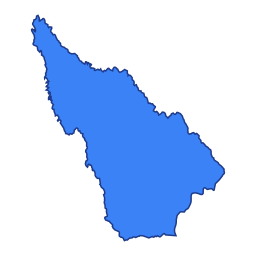 Dueré, Tocantins, Brazil (Equal Earth projection)
{"feature_id": "56859067B89764358514319", "entity_name": "Dueré", "entity_type": "district", "adm_level": 2, "iso_a3": "BRA", "parent_name": "Brazil", "parent_adm1": "Tocantins", "projection": "equal_earth", "projection_center": [-49.445, -11.379], "detail": "fine", "context": "isolated", "style": "filled", "palette": "blue", "viewbox_px": 256, "rotation_deg": 0, "n_neighbors": 0, "source": "geoboundaries", "source_scale": "gbopen_adm2", "svg_char_len": 5661}
<svg xmlns="http://www.w3.org/2000/svg" viewBox="0 0 256 256"><path d="M140.9,90.8L140.1,91.0L138.6,90.4L137.9,87.7L137.3,87.3L136.3,84.7L135.4,85.0L134.6,85.6L133.7,84.5L134.2,83.1L134.0,81.6L133.3,80.4L132.4,80.0L132.1,78.7L132.2,77.7L130.5,75.5L128.8,75.0L128.1,75.6L128.1,74.4L127.3,73.2L127.3,70.9L126.6,70.4L125.7,70.2L124.7,69.5L121.6,71.7L119.7,72.3L118.8,71.5L117.6,69.1L116.9,68.8L116.3,67.9L115.0,67.2L114.2,67.3L113.1,68.6L112.6,70.8L110.4,69.8L109.5,69.3L108.9,68.4L108.2,68.3L107.3,69.0L106.1,70.6L105.5,71.0L104.6,70.4L103.7,71.0L103.0,71.9L101.2,70.3L100.7,68.9L100.1,69.6L99.1,70.1L98.4,69.4L97.6,69.3L95.2,70.5L94.5,70.3L94.7,68.7L92.9,68.0L91.1,68.3L90.7,67.2L90.0,66.9L90.0,65.1L91.0,65.3L91.4,64.5L90.4,63.8L89.7,64.1L89.1,63.7L88.6,62.7L87.9,62.6L87.4,64.0L86.5,61.9L85.6,61.8L84.9,64.1L84.2,63.9L83.6,63.3L82.0,62.6L81.6,61.4L80.3,61.1L78.9,59.5L78.7,58.3L77.4,56.8L77.4,55.8L74.7,53.5L71.7,53.9L70.8,53.4L69.7,53.2L69.1,52.3L68.4,52.2L67.8,49.8L67.3,49.3L65.6,48.5L64.3,47.3L62.7,46.9L61.1,45.9L60.6,45.0L60.6,43.8L60.2,42.9L59.2,42.5L58.8,41.1L57.5,40.2L55.8,36.8L55.5,35.6L54.7,34.5L53.0,34.8L52.6,33.8L50.9,31.9L50.7,30.6L51.8,28.2L51.6,27.1L49.5,26.9L48.7,27.6L47.9,26.4L47.8,24.6L45.2,23.4L44.8,20.5L44.4,19.3L43.5,18.5L42.6,18.8L42.1,19.6L41.0,19.9L40.4,20.7L39.3,21.0L39.3,18.1L38.0,15.4L36.6,16.1L36.3,18.3L35.5,19.4L33.9,19.9L33.7,21.6L32.7,23.3L32.7,24.3L34.9,28.0L35.5,29.8L35.6,30.7L35.2,31.7L34.3,31.1L34.2,29.7L33.2,29.8L32.4,29.0L31.6,29.4L31.7,30.7L34.1,35.1L34.6,37.9L34.6,38.8L34.1,39.3L33.9,40.4L34.0,41.6L33.1,43.5L33.2,44.4L33.7,45.0L36.7,46.2L37.5,47.3L37.5,48.7L37.8,50.1L39.7,52.1L40.8,50.6L41.4,51.0L41.6,55.1L42.3,55.0L42.8,55.5L43.2,56.6L44.1,57.2L44.4,59.4L45.0,60.5L45.8,64.2L45.1,64.5L45.2,65.4L46.7,68.4L46.9,69.4L46.5,70.3L46.3,72.4L45.6,73.1L45.6,74.1L46.1,75.0L44.9,76.7L44.6,77.6L44.7,78.5L45.4,77.4L46.3,77.9L47.2,79.0L47.6,80.2L48.9,81.4L48.2,81.9L46.5,82.0L46.2,82.9L47.8,82.7L48.3,83.3L48.1,84.4L47.5,85.5L46.6,85.9L46.2,86.7L48.7,87.5L48.3,88.2L46.2,90.0L47.8,90.4L50.2,92.6L49.7,93.6L50.3,94.4L48.9,96.8L48.5,98.1L48.6,99.5L49.4,99.3L49.6,97.0L50.9,96.4L51.2,97.2L51.0,98.3L50.5,99.0L50.6,100.0L51.3,99.7L52.0,100.4L51.5,101.5L51.4,102.5L53.4,104.6L52.6,106.2L52.1,108.3L52.7,109.2L53.9,109.3L54.2,111.7L55.2,114.1L55.4,115.9L56.7,115.2L57.4,115.2L58.6,116.8L59.0,117.8L58.7,118.7L57.5,120.4L57.9,121.1L59.2,120.1L60.0,119.9L60.9,120.8L60.8,122.0L60.3,122.9L63.7,128.1L64.5,130.9L65.4,131.9L65.5,133.1L66.0,133.8L66.8,133.7L67.9,134.1L68.7,134.8L69.4,134.8L69.8,133.9L70.4,133.5L71.6,134.2L72.2,134.1L72.9,133.3L73.8,133.0L74.5,129.7L75.3,129.4L75.9,128.3L76.9,128.0L77.8,128.5L78.1,130.2L78.5,131.0L79.8,130.9L80.0,131.9L81.1,133.4L82.9,133.8L82.6,135.9L83.5,137.7L84.3,137.9L84.7,138.6L84.6,139.6L86.7,142.6L86.6,146.1L87.2,146.9L87.3,148.0L85.8,150.3L85.7,151.9L86.4,152.5L87.0,154.9L86.7,156.9L87.6,159.0L87.0,160.6L86.2,160.8L85.8,161.7L85.4,163.9L86.1,165.9L87.5,167.2L87.9,166.5L88.1,164.7L88.6,164.2L89.6,164.4L90.0,165.3L90.9,165.2L91.5,165.9L91.8,167.5L92.7,169.0L92.2,169.7L92.6,170.5L93.9,170.5L94.9,172.3L95.2,174.2L95.1,175.2L95.5,176.2L96.6,177.7L97.3,178.2L97.9,178.5L99.3,178.3L99.7,179.0L100.3,183.6L99.8,184.4L100.4,185.0L101.4,187.3L103.4,188.9L104.5,191.1L104.8,193.4L104.4,194.1L103.6,194.7L104.7,198.1L104.5,199.3L104.7,200.4L104.3,201.5L104.4,203.6L105.0,204.4L105.1,207.4L105.3,208.3L106.3,208.7L106.6,209.9L106.4,210.7L106.6,213.0L107.4,215.4L107.1,216.4L105.1,217.1L104.7,217.8L105.4,219.7L106.2,220.4L107.2,220.4L108.1,221.1L109.5,221.4L110.0,222.3L112.3,224.5L112.7,225.6L112.3,226.4L113.5,228.7L114.3,229.1L114.9,229.9L118.9,231.6L119.4,232.8L119.2,234.5L119.3,236.0L120.6,237.1L122.4,237.5L123.5,238.5L123.8,239.6L124.4,240.6L126.4,239.9L127.4,240.0L129.4,238.2L132.2,237.8L133.1,237.1L133.9,236.9L134.7,237.0L135.6,237.5L138.3,236.3L139.3,236.2L139.9,235.6L143.0,235.8L148.9,237.9L152.3,236.5L153.1,237.1L153.9,237.1L155.2,236.0L155.9,236.5L156.7,236.5L157.5,235.7L159.3,236.8L160.4,236.7L163.6,233.7L164.6,233.7L165.5,234.9L176.0,235.7L174.6,232.1L174.5,230.2L174.7,228.2L175.8,225.0L176.2,222.8L176.3,219.6L177.0,216.0L177.6,214.8L180.0,212.1L180.9,211.8L184.3,212.0L185.9,209.7L187.9,208.6L188.5,207.8L190.6,203.4L191.1,201.2L191.1,196.2L191.2,195.3L191.9,193.7L192.4,193.3L195.2,192.8L197.9,193.4L200.9,194.5L202.3,194.4L203.1,193.5L203.3,189.1L203.8,188.2L204.5,187.8L205.4,187.9L207.0,189.3L207.8,189.4L209.4,188.9L211.7,188.7L213.5,190.3L214.1,190.1L215.4,183.7L219.4,179.7L222.3,176.0L222.8,174.9L224.1,173.7L224.4,172.5L223.9,170.0L224.1,169.2L221.4,166.1L218.9,164.2L218.1,162.6L214.6,160.3L213.9,159.3L213.7,157.9L212.9,157.7L212.2,157.0L211.1,154.0L211.1,151.5L210.7,149.9L209.0,148.8L207.8,147.3L205.4,145.8L204.8,144.6L202.9,142.8L201.8,143.1L201.2,142.5L200.8,140.4L198.8,138.0L199.1,135.8L196.9,133.6L196.2,133.4L195.6,134.1L194.9,134.1L193.7,132.6L192.0,133.0L191.3,133.8L190.6,133.7L189.3,134.2L187.8,132.6L188.0,131.5L187.7,130.1L188.0,128.3L187.7,127.5L185.5,123.4L184.8,122.9L183.8,119.5L183.0,118.7L182.8,117.4L182.1,115.8L180.4,113.7L177.6,112.4L176.8,112.5L176.4,113.4L175.1,114.4L174.3,114.2L173.3,113.1L172.4,113.3L171.3,114.0L170.9,115.3L169.1,116.5L168.6,117.5L167.9,118.1L167.3,117.2L166.1,116.4L165.1,113.3L163.9,112.3L162.3,112.1L161.0,113.7L158.7,115.0L158.4,113.6L157.9,112.7L156.7,111.4L156.0,111.9L154.9,111.8L153.4,110.8L154.2,108.8L155.2,107.5L155.3,106.6L153.7,105.4L152.5,103.8L151.4,103.9L149.8,103.0L149.0,103.5L148.3,103.1L147.4,99.4L146.6,97.5L145.5,97.2L144.6,96.6L143.8,93.3L142.0,92.7L141.2,92.0L140.9,90.8ZM49.7,93.6L49.1,92.9L48.4,92.9L48.7,93.8L49.7,93.6Z" fill="#3b82f6" stroke="#1e3a8a" stroke-width="1.5"/></svg>